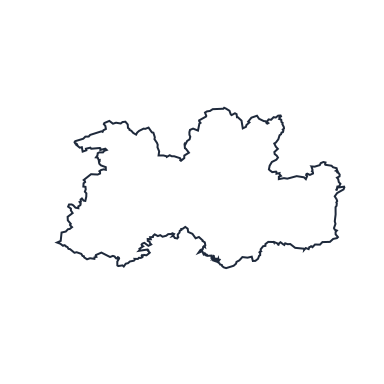 outline of Ballymote-Tobercurry Lea-7, Sligo, Ireland, rotated 159°
{"feature_id": "5873133B63806445794843", "entity_name": "Ballymote-Tobercurry Lea-7", "entity_type": "district", "adm_level": 2, "iso_a3": "IRL", "parent_name": "Ireland", "parent_adm1": "Sligo", "projection": "albers", "projection_center": [-8.685, 54.105], "detail": "fine", "context": "isolated", "style": "outline", "palette": "slate", "viewbox_px": 384, "rotation_deg": 159, "n_neighbors": 0, "source": "geoboundaries", "source_scale": "gbopen_adm2", "svg_char_len": 6028}
<svg xmlns="http://www.w3.org/2000/svg" viewBox="0 0 384 384"><g transform="rotate(159 192 192)"><path d="M282.4,146.9L279.6,148.8L277.2,148.5L274.9,149.4L270.9,148.7L269.3,149.5L269.4,150.1L266.5,148.9L265.1,149.6L263.5,148.8L261.8,148.9L261.8,150.6L261.2,151.0L260.3,150.1L259.4,150.5L257.2,149.2L253.6,150.3L253.2,150.5L254.3,153.2L253.7,153.4L254.0,154.2L262.6,156.1L261.3,156.7L261.4,157.8L257.1,158.8L257.9,159.9L257.9,161.0L256.8,161.6L254.7,161.6L252.0,157.4L248.9,157.7L249.6,159.5L249.4,160.9L250.8,162.2L250.2,164.0L247.4,162.7L247.3,164.8L244.6,164.0L243.9,165.1L242.0,165.8L239.7,163.1L237.1,163.1L235.5,160.8L231.7,160.4L229.3,161.2L226.5,160.2L225.1,160.5L223.8,159.2L226.3,157.8L225.0,157.7L224.6,155.3L222.4,153.9L221.0,154.8L221.2,155.5L220.5,157.5L218.2,158.6L217.3,160.2L215.5,160.4L215.3,161.3L213.8,161.0L210.8,161.8L209.2,159.3L209.9,156.1L206.6,152.8L205.2,147.5L201.7,147.5L199.4,143.0L199.7,142.5L198.1,140.4L198.7,137.4L199.6,136.9L199.7,136.0L200.5,137.1L201.3,136.7L202.3,134.9L204.8,134.9L207.8,132.9L203.6,133.1L203.5,129.7L203.0,129.9L203.0,129.2L202.0,128.6L201.5,129.2L201.1,128.3L201.5,129.0L201.6,128.4L200.9,128.1L201.4,127.6L200.6,126.9L196.7,125.7L197.4,123.5L195.6,123.1L195.3,124.3L194.2,125.3L194.7,124.5L194.7,122.9L196.9,121.8L193.0,120.9L192.1,119.7L191.4,120.4L191.6,119.5L190.6,118.9L192.0,117.9L192.9,118.8L192.4,117.3L193.7,118.5L193.0,118.3L193.0,119.3L195.2,119.3L196.3,121.0L196.7,120.5L193.3,117.6L192.0,115.7L191.7,114.2L190.3,113.2L190.4,112.0L189.3,110.2L187.4,108.7L179.6,108.2L176.6,109.3L175.5,110.8L172.3,111.2L168.3,113.2L163.7,110.8L159.4,110.2L159.9,105.8L157.5,105.0L154.3,106.0L152.2,108.4L151.0,108.6L150.3,110.4L150.6,111.4L149.4,111.7L149.8,112.0L148.8,112.5L148.4,113.9L145.0,115.9L142.8,115.4L142.1,117.1L138.7,118.1L133.6,116.0L133.5,115.4L133.2,115.8L130.8,113.5L130.1,111.0L129.9,112.6L127.4,113.4L125.5,110.3L124.8,110.2L125.2,110.1L124.8,109.5L123.4,110.7L121.4,109.0L118.9,108.2L115.7,102.9L107.9,99.0L107.6,98.5L108.0,97.8L105.9,98.9L103.6,96.9L102.2,98.5L100.4,98.3L99.8,99.4L100.0,98.5L99.3,97.3L96.0,98.9L91.4,97.0L88.2,98.5L81.1,96.0L77.0,97.6L73.2,97.0L71.9,97.6L73.1,101.0L72.3,103.2L70.6,104.1L72.2,105.6L72.4,107.4L69.5,110.8L69.2,113.5L66.0,119.5L63.4,126.4L62.0,127.3L60.9,129.5L61.0,130.5L59.7,131.5L59.6,134.1L59.1,134.1L59.8,134.2L60.3,136.8L56.9,139.0L49.6,140.1L48.1,141.7L48.1,142.5L54.9,144.0L55.9,142.2L57.3,142.4L56.1,142.4L54.3,145.0L52.7,144.5L50.5,146.4L51.4,148.7L50.9,151.6L51.5,153.4L48.7,153.7L47.9,155.3L48.3,157.1L49.3,158.2L48.6,158.9L50.0,160.2L48.7,160.5L48.5,162.4L51.5,164.6L52.3,166.5L57.7,169.6L57.8,170.3L56.8,171.7L58.6,172.9L61.5,172.8L63.1,171.3L68.4,171.7L71.2,173.0L71.0,172.3L71.4,172.2L71.6,169.2L72.6,168.4L72.0,167.2L72.4,165.9L75.8,165.7L77.8,167.8L78.6,167.8L79.4,166.9L78.8,165.6L81.1,163.2L82.2,165.6L88.6,169.3L98.2,170.3L101.2,172.0L106.3,172.9L105.4,175.2L103.2,175.2L104.1,177.8L103.7,178.3L106.6,178.8L106.0,180.3L106.2,180.9L110.0,181.8L111.6,184.4L112.1,185.5L110.1,188.7L106.7,191.4L101.7,191.9L99.4,193.3L99.9,195.6L101.2,197.8L100.8,199.8L96.4,201.5L97.5,204.3L97.8,207.8L96.0,208.1L92.5,210.3L89.9,213.6L88.2,214.0L87.1,215.4L85.7,215.3L84.7,216.5L84.9,217.8L83.4,218.2L83.0,219.6L83.3,223.0L82.6,224.0L83.4,225.3L82.8,227.5L84.4,228.9L83.7,229.4L83.7,230.2L81.8,230.7L81.9,231.7L84.2,232.4L87.1,231.5L89.0,232.6L92.3,231.1L94.5,232.3L96.6,230.9L96.9,230.2L96.1,229.0L97.1,228.8L97.7,229.4L97.8,231.6L99.6,232.5L103.2,236.4L104.0,239.9L109.9,240.1L114.3,237.6L113.5,236.4L117.2,235.0L118.3,233.5L121.8,233.2L120.2,240.9L122.5,245.5L123.2,245.7L122.5,248.7L123.7,250.1L127.5,249.6L128.0,250.6L127.9,254.4L130.5,257.8L131.8,259.1L132.9,258.5L143.0,261.9L146.2,261.2L149.1,261.9L151.4,261.5L151.4,257.9L151.9,257.4L159.7,256.3L159.9,255.4L159.3,253.5L160.6,253.2L164.4,247.2L168.3,250.8L171.6,250.7L173.0,248.8L173.9,246.3L173.8,244.2L175.4,242.0L178.2,241.4L181.0,238.9L181.3,239.8L181.8,239.4L182.9,235.4L182.2,234.5L180.8,229.8L186.1,228.8L187.1,226.4L191.1,225.1L191.6,225.9L190.9,226.7L191.1,227.9L195.9,231.8L198.1,232.6L199.6,234.3L203.0,233.8L203.0,234.5L205.5,236.3L210.1,238.1L208.1,241.7L208.2,246.1L207.1,248.4L207.1,250.4L208.1,254.8L207.1,256.4L206.8,261.2L208.1,262.1L209.5,267.7L213.0,267.7L214.5,268.5L219.5,268.0L221.9,267.1L223.6,265.6L225.7,268.2L226.7,270.9L228.1,272.4L227.9,273.3L228.8,274.8L227.8,278.1L229.0,281.5L231.8,282.2L234.0,281.5L238.1,283.9L241.3,284.1L243.7,288.0L249.1,287.8L250.0,287.0L249.2,284.7L249.8,281.7L252.6,281.4L253.9,280.2L254.8,281.1L266.6,281.8L268.6,280.8L271.7,281.9L274.4,280.7L282.8,281.3L283.8,280.6L283.6,279.1L282.9,278.8L283.1,278.0L282.3,277.9L282.2,276.6L282.6,276.6L280.9,273.6L278.8,273.3L279.6,268.9L275.7,268.8L275.5,270.4L271.0,269.8L270.6,268.5L262.2,266.1L261.9,265.6L262.5,264.1L257.4,263.5L256.6,261.8L259.0,261.9L260.9,260.9L264.3,262.2L266.1,262.0L267.2,260.0L269.2,258.7L267.7,257.9L267.7,255.2L266.7,255.0L267.3,253.7L268.1,253.5L268.4,251.6L267.5,249.5L263.6,246.1L264.5,243.6L266.3,244.8L269.0,245.1L271.0,244.6L270.7,243.6L271.2,242.2L273.8,242.1L279.9,244.8L288.8,242.0L288.1,240.5L288.2,239.6L290.1,239.0L291.5,236.0L289.6,235.0L290.3,232.5L291.9,230.7L291.1,228.6L292.4,225.5L294.8,221.9L296.3,222.8L297.1,225.4L298.7,224.9L299.2,222.8L300.5,222.9L300.1,220.9L301.0,219.7L303.3,219.3L303.9,217.6L306.4,219.1L307.6,222.1L308.8,223.5L311.3,224.4L312.9,222.7L311.0,219.9L311.7,218.2L311.0,215.1L317.0,213.4L318.1,210.0L316.6,205.7L317.7,205.0L317.6,204.3L316.6,202.2L319.5,201.3L321.1,201.7L324.0,200.3L328.3,200.9L332.1,193.4L336.1,193.2L333.4,190.8L331.7,188.0L330.4,188.2L329.4,187.3L329.4,186.6L328.0,185.2L327.7,183.2L326.3,182.3L323.5,177.4L321.3,177.1L317.5,173.9L317.1,171.5L316.0,170.8L316.1,169.6L314.1,166.8L310.9,166.7L307.1,164.6L306.5,165.9L304.5,165.7L304.7,167.2L304.3,167.6L298.3,167.9L291.8,160.7L288.8,160.7L287.4,159.6L286.7,157.3L286.0,156.8L284.5,157.7L283.8,156.8L283.9,156.0L286.7,153.8L288.0,150.2L287.4,149.3L283.2,148.4L282.4,146.9Z" fill="none" stroke="#1e293b" stroke-width="2"/></g></svg>